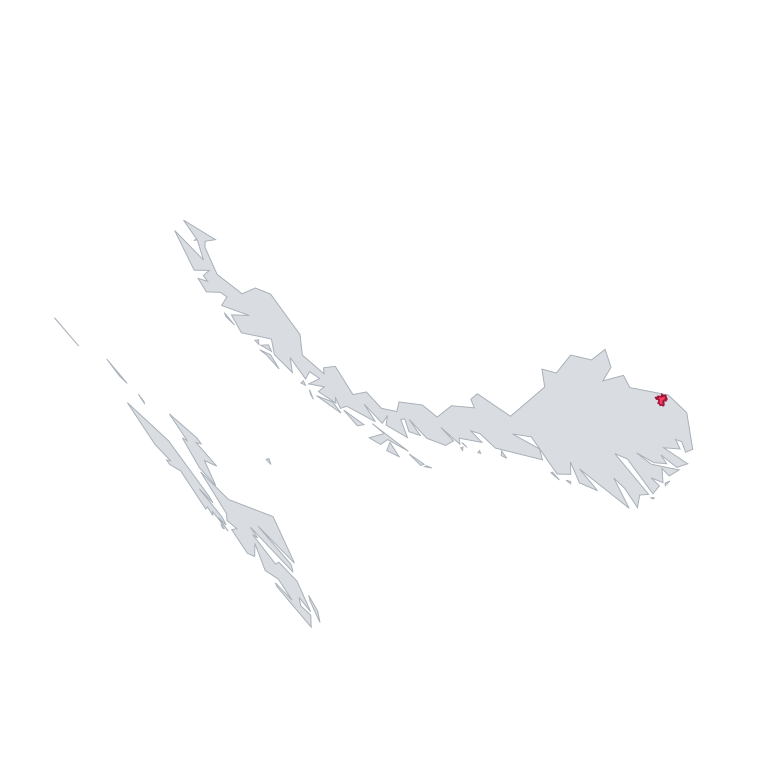 Birkenes nor, Aust-Agder, Norway shown in context, rotated 231°
{"feature_id": "86288312B11283211528178", "entity_name": "Birkenes nor", "entity_type": "district", "adm_level": 2, "iso_a3": "NOR", "parent_name": "Norway", "parent_adm1": "Aust-Agder", "projection": "equal_earth", "projection_center": [8.204, 58.44], "detail": "fine", "context": "in_parent", "style": "filled", "palette": "rose", "viewbox_px": 768, "rotation_deg": 231, "n_neighbors": 0, "source": "geoboundaries", "source_scale": "gbopen_adm2", "svg_char_len": 6311}
<svg xmlns="http://www.w3.org/2000/svg" viewBox="0 0 768 768"><g transform="rotate(231 384 384)"><path d="M457.8,338.7L429.7,343.8L434.6,347.2L428.4,357.2L395.3,353.2L388.9,365.3L366.7,366.7L354.5,376.6L360.6,384.4L343.5,400.6L324.8,404.5L324.6,422.8L308.6,439.2L317.5,441.9L317.7,450.4L279.3,462.0L280.5,507.0L296.2,516.1L284.1,524.8L289.0,547.3L272.1,560.4L271.8,577.6L254.1,570.9L248.7,556.0L240.0,575.5L226.5,572.8L196.5,598.0L171.1,601.2L139.0,582.8L141.2,575.4L151.7,579.1L157.4,575.7L147.2,573.2L158.5,561.2L130.9,569.8L134.9,559.1L154.6,554.6L144.2,553.5L153.2,544.1L171.5,537.0L153.5,541.2L131.5,559.2L133.1,547.8L143.4,546.9L131.8,538.7L142.9,532.6L131.5,533.9L129.5,523.9L172.5,526.0L184.6,519.6L131.7,520.2L136.8,512.8L128.4,503.2L151.2,505.4L166.3,503.4L133.1,496.3L195.0,482.5L166.7,482.8L184.2,473.7L206.0,479.8L196.3,472.3L205.0,461.9L250.2,465.2L264.2,452.5L235.6,464.0L225.4,459.4L264.2,430.2L284.8,427.4L292.9,422.0L277.1,423.3L294.6,408.3L289.4,405.1L314.4,400.8L296.0,402.2L297.5,393.3L314.8,383.1L340.7,381.3L321.2,379.8L331.2,373.4L344.0,378.2L345.7,374.6L327.6,368.5L350.8,359.8L357.4,367.0L354.5,358.0L380.8,355.8L360.2,353.6L390.1,341.1L392.5,334.8L404.5,337.9L399.3,334.5L419.4,328.3L419.4,335.8L431.4,325.6L428.7,337.4L440.5,333.9L437.2,326.2L463.6,327.7L450.6,320.0L475.7,317.3L489.8,324.8L513.6,305.4L533.7,309.0L522.0,322.4L547.2,307.2L550.6,316.7L558.0,314.7L567.4,303.9L583.0,306.0L574.8,311.6L582.0,311.8L582.2,319.7L591.9,308.1L635.0,317.9L593.9,321.7L613.3,329.5L637.5,331.3L602.3,343.8L607.5,334.8L602.9,330.9L574.3,323.3L543.4,330.5L539.6,344.4L525.3,352.4L475.3,349.8L457.8,338.7ZM338.4,171.3L366.6,174.0L364.2,178.6L376.8,176.1L382.2,180.0L431.1,186.2L392.0,190.5L350.8,214.3L301.1,201.7L352.8,196.6L302.5,198.2L295.0,194.9L356.7,190.1L343.8,189.0L349.5,187.1L312.3,186.4L311.7,190.1L285.4,192.3L253.2,183.7L271.6,183.6L263.9,179.7L250.4,181.6L240.9,174.4L293.7,173.3L297.8,174.4L273.9,176.5L298.8,179.1L313.8,174.3L341.3,183.3L331.4,175.0L338.4,171.3ZM399.0,166.8L444.5,171.3L456.3,166.8L461.7,167.3L458.7,169.8L480.9,168.0L531.0,172.8L475.4,180.8L407.4,177.4L399.3,176.3L418.6,174.5L382.3,174.4L373.8,172.6L384.2,171.4L367.6,170.3L392.7,170.5L389.5,168.3L399.6,169.4L399.0,166.8ZM435.2,187.9L469.0,193.4L463.4,195.4L495.8,198.4L459.4,204.7L452.6,204.2L456.7,201.1L425.4,202.3L437.4,196.3L411.0,189.3L435.2,187.9ZM345.4,353.0L360.6,349.9L316.4,360.6L338.5,351.9L339.2,343.3L351.5,338.7L345.4,353.0ZM368.3,337.0L389.1,336.3L365.1,342.8L368.3,337.0ZM388.4,332.3L417.4,324.2L402.5,332.7L388.4,332.3ZM239.0,184.2L261.7,189.9L267.0,192.4L249.1,189.5L239.0,184.2ZM330.6,344.2L334.8,351.9L318.0,350.0L330.6,344.2ZM488.9,309.0L478.0,314.2L461.7,312.0L480.1,311.0L488.9,309.0ZM491.6,312.7L487.2,318.8L480.2,317.1L491.6,312.7ZM297.6,361.3L313.6,359.5L296.4,364.7L297.6,361.3ZM641.7,169.7L605.6,170.6L642.9,169.5L641.7,169.7ZM556.7,183.5L577.9,184.2L546.0,184.8L556.7,183.5ZM524.0,304.9L535.8,303.6L539.9,304.8L524.0,304.9ZM499.1,311.2L497.2,314.4L493.6,311.6L499.1,311.2ZM437.1,320.1L437.3,323.4L432.5,322.2L437.1,320.1ZM399.6,245.0L398.4,247.6L392.6,245.5L399.6,245.0ZM530.8,186.7L521.0,186.4L519.9,185.6L530.8,186.7ZM254.6,430.1L258.0,433.3L249.0,432.6L254.6,430.1ZM416.6,319.4L422.8,320.6L426.5,322.6L416.6,319.4ZM373.9,168.0L378.1,169.2L371.7,168.7L373.9,168.0ZM209.3,459.5L199.0,459.9L209.8,457.9L209.3,459.5ZM194.6,464.9L190.7,467.7L189.0,466.3L194.6,464.9ZM293.8,365.5L288.6,368.3L294.2,363.5L293.8,365.5ZM130.0,540.1L128.7,545.0L128.0,538.7L130.0,540.1ZM285.3,405.7L282.9,403.2L286.1,403.4L285.3,405.7ZM615.3,326.4L614.6,329.0L614.0,328.6L615.3,326.4ZM288.3,408.1L282.5,408.6L289.4,407.5L288.3,408.1ZM271.5,413.8L272.1,416.3L269.3,415.5L271.5,413.8ZM127.6,519.9L125.1,522.8L125.7,520.4L127.6,519.9Z" fill="#d9dde1" stroke="#a8b0b8" stroke-width="1"/><path d="M197.4,595.5L197.4,595.4L197.3,595.2L197.5,595.1L197.9,595.2L198.0,595.2L198.1,595.3L198.2,595.2L198.3,595.2L198.3,594.9L198.5,594.8L198.5,594.7L198.7,594.4L198.8,594.3L199.0,594.2L199.3,594.0L199.5,593.9L199.1,593.6L198.9,593.5L199.0,593.4L199.2,593.2L199.4,593.2L199.5,593.1L199.9,593.1L200.0,593.2L200.3,593.2L200.6,593.2L200.8,593.2L200.5,592.9L200.2,592.7L200.1,592.4L199.9,592.3L199.8,592.2L199.7,592.2L199.8,592.1L200.0,592.0L199.9,592.0L200.0,592.0L199.9,591.9L199.9,591.7L200.0,591.7L199.8,591.6L199.7,591.5L199.6,591.4L199.8,591.3L199.9,591.2L200.0,591.1L200.1,590.9L200.3,590.7L200.5,590.6L200.7,590.4L201.0,590.1L201.4,589.9L201.5,589.7L201.8,589.4L201.6,589.3L201.4,589.2L201.5,589.2L201.4,589.2L201.2,589.1L201.1,588.9L201.0,588.7L201.3,588.4L201.6,588.2L201.8,588.3L201.8,588.2L201.6,588.1L201.5,587.8L201.5,587.7L201.8,587.4L202.0,587.3L202.1,587.2L202.5,586.9L202.5,586.7L202.5,586.4L202.0,586.4L201.8,586.4L201.7,586.4L201.2,586.3L200.9,586.3L200.7,586.3L200.6,586.6L200.5,586.8L200.6,587.0L200.5,587.3L200.4,587.3L200.2,587.3L199.8,587.3L199.5,587.3L199.3,587.3L199.2,587.4L199.2,587.5L198.9,587.5L198.7,587.6L198.6,587.8L198.4,587.8L198.4,587.7L198.2,587.6L198.3,587.6L198.2,587.6L198.1,587.4L197.9,587.3L197.9,587.2L197.7,587.1L197.7,586.9L197.5,586.6L197.4,586.5L197.4,586.4L197.2,586.1L197.0,585.9L196.9,585.8L196.9,585.7L196.9,585.4L196.7,585.1L196.5,585.3L196.3,585.4L196.1,585.6L195.7,585.5L195.3,585.5L195.2,585.5L194.9,585.4L194.5,585.4L194.1,585.4L193.6,585.3L193.5,585.5L193.4,586.0L193.3,586.3L193.2,586.3L193.2,586.5L193.2,586.8L193.2,587.0L192.9,587.1L192.6,587.1L192.2,587.2L191.8,587.3L191.7,587.2L191.4,587.2L191.4,587.4L191.4,587.6L191.4,587.8L191.4,588.0L191.6,588.3L191.8,588.6L192.1,588.5L192.4,588.5L192.4,588.4L192.4,588.5L192.8,588.8L192.8,589.0L193.0,589.0L193.4,589.2L193.5,589.2L193.6,589.3L193.6,589.5L194.1,589.5L194.3,589.6L194.5,589.6L194.6,589.8L194.3,590.0L194.2,590.1L194.6,590.2L195.1,590.3L195.1,590.5L194.9,590.7L194.9,590.8L194.9,591.1L195.0,591.3L195.0,591.5L195.1,591.8L194.9,591.9L194.6,592.0L194.4,592.0L194.2,592.0L193.9,592.1L193.9,592.3L193.8,592.5L193.7,592.6L193.9,592.7L194.1,592.9L194.1,593.0L194.1,593.3L194.1,593.5L194.3,593.8L194.6,593.8L194.0,594.2L193.9,594.2L193.9,594.3L193.7,594.4L194.3,594.4L194.8,594.5L195.0,594.4L195.1,594.5L195.3,594.7L195.5,594.7L195.9,594.5L196.0,594.4L196.2,594.5L196.3,594.5L196.6,594.6L196.6,594.8L196.4,595.0L196.9,595.3L197.2,595.4L197.4,595.5Z" fill="#f43f5e" stroke="#9f1239" stroke-width="1.5"/></g></svg>